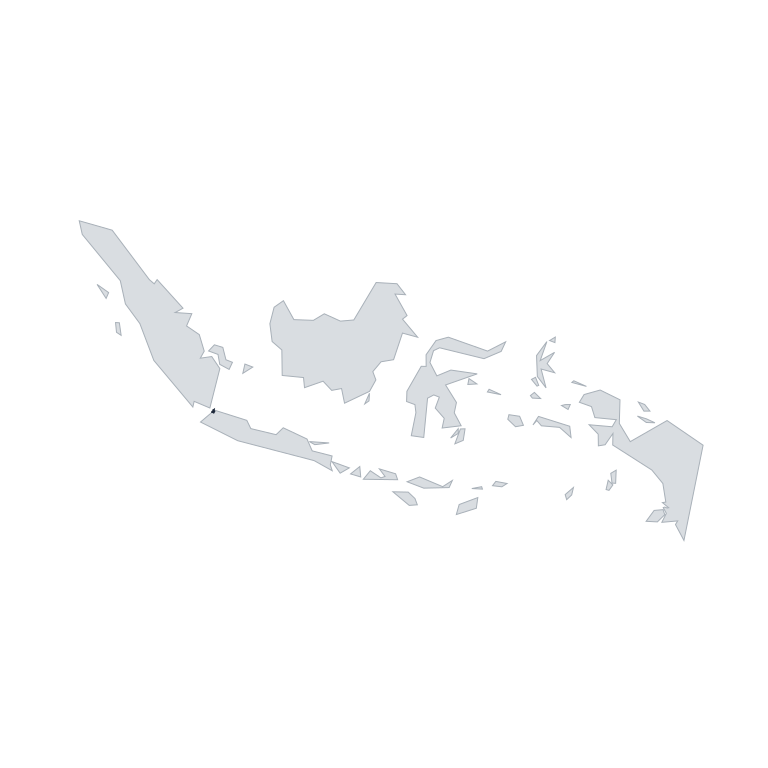 Kota Cilegon, Banten, Indonesia shown in context, rotated 8°
{"feature_id": "22746128B25933583546422", "entity_name": "Kota Cilegon", "entity_type": "district", "adm_level": 2, "iso_a3": "IDN", "parent_name": "Indonesia", "parent_adm1": "Banten", "projection": "orthographic", "projection_center": [106.002, -5.978], "detail": "fine", "context": "in_parent", "style": "filled", "palette": "slate", "viewbox_px": 768, "rotation_deg": 8, "n_neighbors": 0, "source": "geoboundaries", "source_scale": "gbopen_adm2", "svg_char_len": 4724}
<svg xmlns="http://www.w3.org/2000/svg" viewBox="0 0 768 768"><g transform="rotate(8 384 384)"><path d="M272.8,315.5L285.8,332.8L305.2,330.8L315.1,322.8L332.1,327.8L345.2,324.8L362.1,284.6L382.9,282.9L392.9,292.6L382.4,293.4L397.3,313.0L393.3,317.2L410.8,333.0L395.2,331.0L390.1,358.6L378.0,362.4L371.2,373.3L375.4,381.1L370.7,393.3L347.6,408.5L342.6,394.4L333.1,397.6L323.3,389.7L305.8,398.7L303.4,388.8L282.0,389.7L278.1,364.5L267.3,357.5L262.6,340.2L264.5,323.3L272.8,315.5ZM59.5,264.8L93.4,269.5L137.1,313.3L142.5,316.8L144.8,312.2L174.4,336.9L167.2,342.3L183.9,341.1L180.4,354.0L194.2,360.8L201.4,376.5L198.5,384.0L209.6,380.8L219.3,391.6L214.9,432.0L198.4,427.6L197.9,433.4L152.8,392.7L133.8,358.1L116.8,340.7L108.5,318.4L64.4,277.9L59.5,264.8ZM708.5,400.2L702.8,497.2L692.2,482.6L693.9,478.7L678.4,482.3L681.6,472.8L677.7,467.5L679.2,466.8L681.6,467.4L683.1,466.9L676.2,462.7L679.5,461.7L674.0,443.7L661.2,431.9L619.0,412.6L617.6,401.1L611.4,413.4L604.9,415.4L603.1,403.9L592.8,395.8L615.9,394.6L619.0,387.0L597.5,387.9L592.6,377.5L580.0,374.9L583.6,366.6L598.9,359.9L619.9,366.8L622.5,390.3L635.9,406.8L669.4,380.8L708.5,400.2ZM495.5,335.4L479.5,345.0L434.0,340.4L428.4,344.1L426.5,356.3L435.2,368.6L448.3,360.9L474.9,361.0L445.1,376.4L458.3,392.2L457.6,402.8L466.2,414.6L447.7,419.5L448.4,409.6L438.1,400.7L440.6,389.3L434.8,387.9L429.1,392.0L430.8,431.4L418.2,431.4L419.6,407.9L417.5,400.1L408.8,398.2L407.7,388.0L418.4,361.3L423.3,360.7L421.6,349.2L429.5,333.7L441.2,328.7L482.0,337.0L498.6,325.3L495.5,335.4ZM219.8,433.5L253.2,439.1L258.3,446.7L284.2,449.2L290.3,441.4L315.4,449.2L322.2,460.2L342.6,462.5L342.1,471.6L344.8,477.1L325.5,469.6L247.0,460.5L207.6,447.2L219.8,433.5ZM535.4,339.1L548.5,328.9L542.7,341.1L551.5,349.1L537.5,347.3L545.0,365.3L534.8,355.2L531.1,334.6L539.4,319.3L535.4,339.1ZM541.5,394.6L573.8,400.0L576.7,411.0L563.9,402.5L545.7,403.5L540.4,398.9L537.2,403.8L541.5,394.6ZM462.9,477.5L437.9,481.6L420.5,477.6L432.2,471.1L456.4,477.5L465.1,470.0L462.9,477.5ZM391.2,468.7L408.0,471.3L410.8,476.9L376.8,481.2L382.5,471.8L394.0,477.4L397.9,475.4L391.2,468.7ZM492.7,483.4L492.7,494.2L473.8,503.2L475.2,492.9L492.7,483.4ZM219.3,370.2L224.1,382.0L230.9,383.6L228.6,391.1L218.6,387.4L215.5,377.8L205.7,375.7L210.6,368.8L219.3,370.2ZM673.9,482.5L662.7,483.5L669.1,471.6L677.8,469.6L680.2,474.3L673.9,482.5ZM423.0,487.7L430.6,493.1L433.8,499.0L425.9,500.7L407.8,489.5L423.0,487.7ZM522.8,397.1L527.8,405.5L520.2,408.0L511.5,401.7L512.0,397.0L522.8,397.1ZM343.3,468.1L361.3,471.9L353.0,478.4L343.3,468.1ZM371.5,469.1L373.9,479.3L363.4,477.7L371.5,469.1ZM251.7,385.5L242.7,393.1L243.5,383.6L251.7,385.5ZM625.9,437.0L627.2,450.1L623.6,450.4L621.0,440.9L625.9,437.0ZM337.9,450.0L323.9,453.7L318.1,451.4L337.9,450.0ZM470.5,417.1L470.3,428.8L462.5,433.4L465.9,417.9L470.5,417.1ZM86.0,325.3L98.6,331.8L96.9,337.9L86.0,325.3ZM116.9,372.4L111.9,370.0L109.6,360.5L113.4,360.2L116.9,372.4ZM581.0,473.1L578.8,468.3L586.0,460.1L585.3,467.7L581.0,473.1ZM571.5,354.4L584.8,358.2L569.8,356.3L571.5,354.4ZM488.8,374.6L501.4,378.3L487.5,377.5L488.8,374.6ZM464.4,422.6L457.5,428.2L463.7,417.9L464.4,422.6ZM638.4,366.5L645.0,368.0L651.1,373.8L645.2,374.7L638.4,366.5ZM519.7,465.4L515.0,469.4L505.6,469.6L508.3,464.9L519.7,465.4ZM624.7,452.1L621.6,458.0L618.6,457.6L619.4,448.1L624.7,452.1ZM541.1,376.6L532.9,377.3L530.6,375.1L534.1,371.4L541.1,376.6ZM639.4,380.5L648.8,382.0L657.7,384.7L649.1,385.6L639.4,380.5ZM467.4,366.8L476.0,371.0L467.1,372.8L467.4,366.8ZM547.5,319.2L541.9,317.9L547.1,313.7L547.5,319.2ZM485.5,475.3L495.0,472.1L496.1,474.4L485.5,475.3ZM571.3,378.4L569.8,383.6L562.8,380.6L566.3,379.2L571.3,378.4ZM371.5,402.8L367.7,406.4L370.9,395.2L371.5,402.8ZM533.1,356.3L537.4,363.8L535.8,364.8L529.4,358.9L533.1,356.3Z" fill="#d9dde1" stroke="#a8b0b8" stroke-width="1"/><path d="M217.5,435.4L217.5,435.5L217.8,435.4L217.8,435.5L218.1,435.6L218.3,435.6L218.5,435.6L218.4,435.5L218.4,435.4L218.5,435.3L218.7,435.5L218.7,435.4L218.8,435.4L219.0,435.3L219.1,435.5L218.9,435.7L218.9,435.8L219.0,435.8L218.9,435.9L219.0,435.9L219.2,436.0L219.2,435.9L219.3,435.9L219.4,435.7L219.5,435.7L219.6,435.4L219.8,435.3L219.9,435.2L220.0,434.9L219.8,434.8L219.8,434.7L219.7,434.7L219.5,434.4L219.6,434.2L219.4,434.0L219.3,433.9L219.2,433.9L219.2,433.7L219.3,433.5L219.3,433.4L219.2,433.3L219.2,433.2L219.3,433.0L219.3,432.9L219.2,433.0L218.9,433.2L218.9,433.3L218.7,433.4L218.7,433.5L218.6,433.8L218.7,434.0L218.6,434.3L218.5,434.5L218.4,434.5L218.3,434.8L218.2,434.8L218.0,435.0L218.0,434.9L218.0,435.0L218.0,434.9L218.0,435.0L217.9,435.0L218.0,435.0L217.9,435.0L217.7,435.1L217.6,435.3L217.5,435.4ZM218.5,433.7L218.4,433.7L218.4,433.8L218.5,433.8L218.5,433.7Z" fill="#64748b" stroke="#1e293b" stroke-width="1.5"/></g></svg>